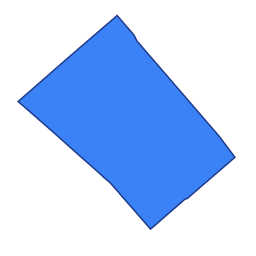 Delaware, Oklahoma, United States of America, rotated 139°
{"feature_id": "52423323B24227440856530", "entity_name": "Delaware", "entity_type": "district", "adm_level": 2, "iso_a3": "USA", "parent_name": "United States of America", "parent_adm1": "Oklahoma", "projection": "orthographic", "projection_center": [-94.691, 36.416], "detail": "fine", "context": "isolated", "style": "filled", "palette": "blue", "viewbox_px": 256, "rotation_deg": 139, "n_neighbors": 0, "source": "geoboundaries", "source_scale": "gbopen_adm2", "svg_char_len": 708}
<svg xmlns="http://www.w3.org/2000/svg" viewBox="0 0 256 256"><g transform="rotate(139 128 128)"><path d="M62.4,220.0L125.0,220.3L193.6,220.1L192.7,214.1L192.4,212.2L191.1,202.3L190.9,201.3L190.1,195.4L190.0,194.4L189.9,194.1L189.7,191.8L189.1,188.3L189.1,188.1L187.1,173.3L186.7,170.1L185.2,158.3L184.6,153.5L182.7,138.4L182.0,133.1L181.8,132.0L181.0,125.9L179.2,111.6L178.6,106.3L178.1,103.1L177.4,97.9L177.4,92.2L177.4,91.2L177.3,85.2L177.4,84.6L177.4,84.3L177.4,72.8L177.4,69.5L177.3,61.8L177.3,59.0L177.4,56.9L177.3,36.9L131.7,36.9L129.6,35.9L112.6,35.9L66.5,35.7L64.6,62.2L64.5,93.9L64.2,177.8L64.1,188.2L62.6,193.7L62.5,199.0L62.4,220.0Z" fill="#3b82f6" stroke="#1e3a8a" stroke-width="1.5"/></g></svg>